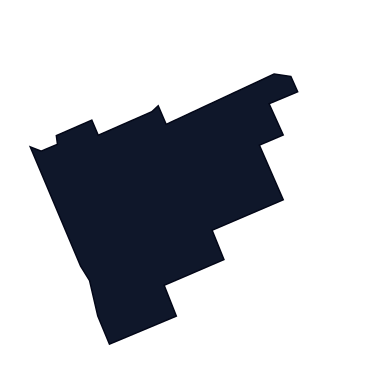 Schley, Georgia, United States of America (Mercator projection), rotated 66°
{"feature_id": "52423323B40186233786127", "entity_name": "Schley", "entity_type": "district", "adm_level": 2, "iso_a3": "USA", "parent_name": "United States of America", "parent_adm1": "Georgia", "projection": "mercator", "projection_center": [-84.335, 32.293], "detail": "fine", "context": "isolated", "style": "filled", "palette": "ink", "viewbox_px": 384, "rotation_deg": 66, "n_neighbors": 0, "source": "geoboundaries", "source_scale": "gbopen_adm2", "svg_char_len": 458}
<svg xmlns="http://www.w3.org/2000/svg" viewBox="0 0 384 384"><g transform="rotate(66 192 192)"><path d="M117.6,69.0L119.7,188.1L99.5,187.8L102.3,196.0L102.0,254.6L85.6,254.3L85.3,293.0L93.7,295.5L93.3,313.2L85.0,321.4L214.4,323.9L231.2,321.6L266.9,328.5L297.4,329.3L299.0,256.8L265.9,255.4L266.7,190.3L235.1,189.2L236.2,111.8L176.6,111.4L177.0,85.5L142.7,85.7L143.4,54.7L126.7,54.7L117.6,69.0Z" fill="#0f172a" stroke="#020617" stroke-width="1.5"/></g></svg>